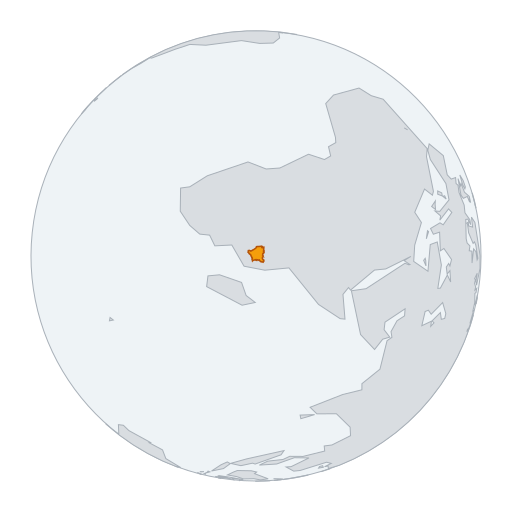 Niassa highlighted on a globe, orthographic projection, rotated 96°
{"feature_id": "MOZ-1199", "entity_name": "Niassa", "entity_type": "Province", "adm_level": 1, "iso_a3": "MOZ", "parent_name": "Mozambique", "parent_adm1": "", "projection": "orthographic", "projection_center": [37.064, -13.372], "detail": "fine", "context": "on_globe", "style": "filled", "palette": "amber", "viewbox_px": 512, "rotation_deg": 96, "n_neighbors": 0, "source": "natural_earth", "source_scale": "10m", "svg_char_len": 8391}
<svg xmlns="http://www.w3.org/2000/svg" viewBox="0 0 512 512"><g transform="rotate(96 256 256)"><circle cx="256" cy="256" r="225" fill="#eef3f6" stroke="#a8b0b8"/><path d="M31.4,238.3L31.4,238.5L31.1,246.7L30.9,253.1L31.4,253.0L31.4,256.8L36.7,255.3L42.4,261.1L44.2,274.5L43.3,293.0L51.6,327.8L52.5,343.9L58.8,357.9L70.1,380.5L69.9,382.4L76.3,390.4L81.3,397.6L82.9,400.0L88.5,406.6L89.8,408.1L79.0,395.3L69.1,381.7L60.2,367.5L52.5,352.6L45.8,337.2L40.4,321.3L36.1,305.1L33.1,288.6L31.3,271.9L30.7,255.1L31.4,238.3ZM90.3,408.6L92.9,411.3L101.8,420.2L90.3,408.6ZM104.0,422.3L109.5,427.1L119.1,434.9L123.2,437.9L123.9,438.5L126.7,440.5L129.6,442.5L129.3,442.3L116.3,432.7L104.0,422.3ZM130.2,442.9L130.4,443.0L124.4,438.8L128.7,441.2L133.2,444.6L131.0,443.4L130.2,442.9ZM118.3,433.0L115.2,429.8L116.4,430.4L118.8,432.8L118.3,433.0ZM455.5,151.4L459.8,161.8L457.3,162.4L458.4,165.8L454.4,159.5L453.7,164.2L464.7,189.7L466.0,196.0L462.7,204.0L461.8,199.0L451.3,182.2L452.6,196.8L460.7,213.7L463.6,230.8L458.8,222.9L455.5,207.8L451.7,201.5L450.4,188.3L442.8,167.3L437.8,168.3L436.0,160.7L424.8,143.2L416.4,144.5L404.5,159.5L406.6,179.0L400.8,186.4L384.7,155.3L378.0,136.7L371.9,137.3L355.6,120.9L326.5,116.8L322.7,112.3L317.1,113.8L305.7,109.0L300.0,102.0L292.9,102.2L308.3,120.8L315.9,120.9L322.7,114.5L325.5,121.3L336.6,128.3L323.2,143.8L280.6,157.5L277.0,143.1L247.6,107.0L248.8,103.2L248.7,102.8L248.4,102.0L245.1,108.2L240.2,101.9L255.3,125.6L257.6,136.7L280.0,158.4L277.7,160.7L285.1,165.5L309.5,160.9L309.5,165.8L297.6,188.8L264.4,222.0L269.2,245.8L267.4,266.8L247.6,281.2L250.2,298.0L240.1,304.3L240.1,314.2L232.5,325.1L219.4,336.0L196.3,338.1L194.1,329.1L181.3,312.8L163.3,273.8L168.4,255.0L166.0,241.5L149.3,214.4L152.9,198.0L148.7,192.2L139.7,195.3L134.9,188.5L129.6,189.4L97.1,202.6L87.8,195.7L78.2,171.1L84.5,158.2L86.8,145.9L131.3,97.0L139.5,96.8L173.2,86.3L177.1,86.9L171.8,95.4L195.9,102.7L205.4,95.0L228.6,99.3L244.9,98.6L253.2,83.4L226.4,83.9L223.1,77.2L245.6,70.7L269.2,71.8L268.7,69.3L254.9,63.7L261.5,59.7L250.3,61.6L254.0,64.0L247.1,65.6L243.3,63.6L245.7,62.1L239.0,61.2L228.9,69.9L231.6,73.2L213.1,75.9L215.8,81.9L210.4,85.3L203.8,76.5L205.4,73.1L192.2,65.8L189.0,69.4L201.1,76.9L196.8,76.6L192.5,82.8L192.4,77.9L180.0,69.9L164.1,74.7L141.8,92.7L132.9,96.2L126.4,95.5L136.6,80.2L155.3,74.3L159.1,69.9L157.1,65.7L163.0,64.6L164.5,62.5L171.7,60.7L183.6,54.3L191.2,52.7L197.6,47.1L202.4,45.8L197.2,49.2L197.7,51.2L216.8,48.8L221.0,47.4L223.6,44.3L228.5,44.5L228.6,41.8L240.4,40.4L226.1,40.3L228.8,37.7L236.8,35.7L235.1,35.1L222.0,38.6L219.1,40.2L220.8,41.4L210.6,47.0L203.7,48.6L204.6,43.6L194.8,45.8L199.8,41.8L232.1,33.2L244.8,31.9L262.0,33.6L258.1,34.6L250.0,34.2L255.9,36.3L256.2,35.2L260.3,35.8L263.9,34.3L267.0,34.7L265.2,33.1L269.3,33.4L270.4,34.4L279.3,33.6L288.4,34.6L288.9,34.4L286.9,33.8L299.9,36.1L299.7,35.8L295.4,34.9L292.2,34.0L291.7,33.6L296.2,34.4L297.0,34.6L305.4,36.8L306.9,38.0L308.7,38.3L308.5,37.6L298.2,34.8L296.6,34.4L302.1,35.6L300.0,35.1L300.6,35.2L304.0,35.9L319.9,40.0L335.4,45.2L350.5,51.5L365.1,58.9L379.2,67.4L392.6,76.8L405.2,87.2L417.1,98.5L428.1,110.7L438.2,123.6L447.4,137.2L455.5,151.4ZM114.7,118.4L113.1,122.0L114.7,118.4ZM293.5,82.0L308.0,83.8L302.5,74.7L307.7,74.9L303.9,72.0L302.1,74.1L293.0,66.7L299.6,65.1L298.4,61.8L293.5,61.2L282.8,65.5L295.6,75.7L291.9,78.9L293.5,82.0ZM165.5,55.0L167.4,55.3L163.7,57.8L154.1,61.8L159.3,57.9L165.5,55.0ZM170.8,55.3L174.4,50.2L180.5,48.1L176.5,50.0L180.2,49.1L174.7,52.1L177.0,55.8L174.0,58.5L157.9,63.2L164.8,59.9L162.6,59.6L170.8,55.3ZM178.6,44.4L185.5,42.1L182.7,43.3L172.9,46.8L170.5,47.6L172.7,46.7L173.2,46.5L178.6,44.4ZM182.5,83.4L185.7,83.3L191.0,82.3L188.4,86.5L182.5,83.4ZM173.8,77.9L176.8,77.0L175.6,81.7L172.3,82.1L173.8,77.9ZM179.5,72.8L177.1,76.5L176.4,74.7L179.5,72.8ZM200.1,48.5L203.5,47.7L203.5,48.3L201.2,49.7L200.1,48.5ZM248.1,85.9L242.8,88.8L240.6,87.5L242.8,86.7L248.1,85.9ZM213.7,86.9L221.1,88.4L212.9,88.1L213.7,86.9ZM334.6,391.2L335.8,395.0L332.4,394.7L334.6,391.2ZM306.4,264.7L291.6,301.9L280.8,301.7L278.5,290.3L283.8,267.6L296.3,261.7L302.3,251.9L306.4,264.7ZM475.9,285.2L476.5,288.3L476.3,289.3L475.9,285.2ZM475.5,279.3L476.6,282.1L474.9,281.2L475.5,279.3ZM476.9,283.2L478.0,283.7L478.4,283.1L478.1,285.1L476.9,283.2ZM474.5,277.8L467.3,269.0L463.8,263.0L465.2,259.9L470.8,266.1L474.5,277.8ZM464.9,259.6L458.8,244.2L446.6,207.8L451.1,210.3L463.0,235.1L462.4,237.8L466.1,249.1L464.9,259.6ZM477.4,252.2L476.7,261.5L473.2,255.8L471.3,252.1L470.1,238.2L470.8,232.8L472.6,234.7L476.3,220.6L478.2,228.2L477.7,234.8L479.0,245.2L477.4,252.2ZM407.6,181.1L413.1,194.4L409.6,195.5L407.6,181.1ZM475.6,209.3L475.6,215.3L474.9,206.1L475.6,209.3ZM474.0,199.9L475.1,204.5L473.6,199.0L474.0,199.9ZM460.4,171.6L458.7,170.8L457.6,167.8L459.1,167.0L460.4,171.6ZM462.0,164.9L462.6,166.2L463.7,168.7L461.0,162.6L459.8,160.0L462.0,164.9ZM280.8,32.1L278.2,31.9L277.5,32.1L282.0,33.0L273.3,32.0L274.5,31.5L277.7,31.8L280.8,32.1ZM439.4,386.9L438.5,388.0L444.3,379.6L447.6,373.8L438.1,375.2L438.2,370.2L442.9,364.2L452.5,341.4L452.9,342.7L458.6,328.7L466.9,324.5L474.3,308.7L473.4,314.9L474.3,311.5L469.6,327.5L463.7,343.1L456.7,358.3L448.6,372.9L439.4,386.9ZM477.3,291.7L478.8,287.1L478.9,288.3L477.3,291.7ZM480.9,267.9L480.8,270.3L480.9,267.2L480.9,267.9ZM479.7,248.9L479.9,255.8L480.8,255.0L480.1,258.2L480.0,270.4L479.5,273.5L479.8,260.5L478.7,271.1L478.3,269.6L478.7,259.2L479.5,248.8L479.9,245.4L481.1,248.9L479.7,248.9ZM480.0,232.1L480.1,233.2L478.8,223.0L478.6,223.9L478.1,218.4L480.0,232.1ZM477.3,214.1L477.3,214.8L476.7,210.6L477.3,214.1ZM476.7,211.8L475.5,206.2L476.2,208.5L476.7,211.8ZM475.6,205.7L473.3,197.8L468.3,181.0L468.9,182.4L472.5,193.9L475.5,205.5L475.6,205.7Z" fill="#d9dde1" stroke="#a8b0b8" stroke-width="1"/><path d="M260.1,247.7L260.2,247.8L260.3,247.8L260.4,247.7L260.6,247.8L260.9,248.1L261.1,248.2L261.4,248.2L261.5,248.3L261.4,248.5L261.3,248.8L261.2,248.9L261.2,249.0L261.1,249.5L261.3,249.8L261.3,250.0L261.3,250.3L261.2,250.4L261.2,250.5L260.9,250.8L260.9,251.0L260.7,251.2L260.6,251.3L260.4,251.5L260.3,251.8L260.3,252.0L260.2,252.1L259.9,252.3L259.8,252.5L259.7,252.5L259.8,252.7L259.8,252.8L259.7,253.0L259.7,253.3L259.8,253.4L259.7,253.5L259.7,253.8L259.6,254.0L259.6,254.3L259.6,254.5L259.5,254.8L259.8,255.0L260.0,255.1L260.3,255.0L260.3,255.3L260.3,255.5L260.2,255.6L260.1,255.8L259.9,256.0L259.7,256.2L259.8,256.4L260.0,256.4L260.0,256.5L260.1,256.9L260.1,257.0L260.2,257.3L260.3,257.5L260.4,257.8L260.5,257.9L260.5,258.0L260.6,258.3L260.9,258.6L260.9,258.8L261.2,259.0L260.9,259.1L260.6,259.1L260.4,259.2L260.3,259.3L260.2,259.4L259.6,259.5L259.4,259.7L259.2,259.6L259.0,259.4L258.9,259.4L258.7,259.5L258.3,259.5L258.2,259.6L258.2,259.8L258.0,260.0L257.9,260.0L257.6,260.0L257.4,260.2L257.3,260.4L257.2,260.5L256.7,260.8L256.4,260.8L256.1,261.0L255.9,261.2L255.7,261.2L255.6,261.4L255.3,261.5L255.2,261.7L255.2,261.8L255.0,262.1L254.9,262.1L254.7,262.4L254.7,262.6L254.5,262.9L254.4,262.9L254.4,263.0L254.1,263.3L253.9,263.4L253.7,263.5L253.4,263.6L253.3,263.8L253.2,263.9L253.2,264.0L253.1,264.3L252.9,264.3L252.8,264.2L252.7,264.2L251.4,264.2L251.1,263.2L251.6,262.0L251.4,261.9L251.4,261.1L251.1,260.8L250.1,259.5L249.9,259.0L248.4,257.3L247.7,256.7L247.3,256.5L246.8,256.6L246.7,256.5L246.7,256.4L246.6,256.2L246.4,255.9L246.4,255.5L246.4,255.2L246.1,253.4L245.6,251.4L245.7,251.1L246.4,250.0L246.5,249.6L246.6,249.4L246.5,249.1L249.5,249.0L249.9,249.0L250.0,249.0L250.3,249.1L250.6,249.0L250.6,248.9L250.8,248.7L250.7,248.6L250.8,248.6L251.0,248.6L251.2,248.3L251.4,248.3L251.5,248.4L251.8,248.5L251.7,248.6L251.8,248.7L252.0,248.7L252.2,248.8L252.3,248.8L252.5,248.9L252.5,249.0L252.6,249.3L252.8,249.4L252.9,249.5L253.0,249.5L253.2,249.4L253.3,249.4L253.8,249.4L253.9,249.5L254.0,249.5L254.3,249.5L254.5,249.5L254.5,249.4L254.8,249.3L254.9,249.1L255.1,248.9L255.3,249.0L255.7,249.0L255.8,249.0L255.9,248.9L255.9,249.0L256.0,249.1L256.2,249.3L256.3,249.3L256.6,249.4L256.8,249.4L257.0,249.4L257.2,249.5L257.4,249.5L257.5,249.5L257.7,249.4L257.8,249.3L258.0,249.2L258.3,249.1L258.5,249.0L258.8,248.9L258.9,248.7L259.0,248.3L259.0,248.2L259.1,247.9L259.4,247.8L259.6,247.8L259.7,247.7L259.9,247.7L260.0,247.7L260.1,247.7ZM246.9,251.1L247.0,251.1L247.1,250.9L247.1,250.7L246.9,250.7L246.8,250.9L246.7,251.0L246.8,251.1L246.9,251.1ZM246.4,250.6L246.4,250.8L246.5,250.9L246.7,250.7L246.4,250.6Z" fill="#f59e0b" stroke="#b45309" stroke-width="1.5"/></g></svg>